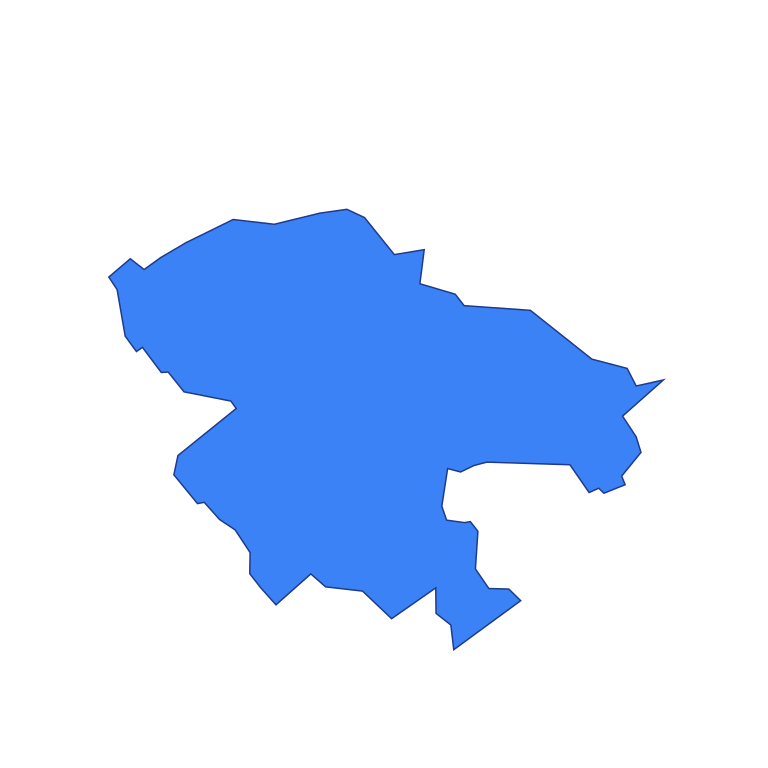 Berat, Berat, Albania, rotated 142°
{"feature_id": "67620474B3220488890929", "entity_name": "Berat", "entity_type": "district", "adm_level": 2, "iso_a3": "ALB", "parent_name": "Albania", "parent_adm1": "Berat", "projection": "equal_earth", "projection_center": [19.979, 40.671], "detail": "fine", "context": "isolated", "style": "filled", "palette": "blue", "viewbox_px": 768, "rotation_deg": 142, "n_neighbors": 0, "source": "geoboundaries", "source_scale": "gbopen_adm2", "svg_char_len": 1011}
<svg xmlns="http://www.w3.org/2000/svg" viewBox="0 0 768 768"><g transform="rotate(142 384 384)"><path d="M409.7,129.1L411.9,145.6L427.3,158.3L425.8,182.0L400.7,210.1L400.7,222.4L405.9,225.2L418.5,238.2L413.7,252.1L385.9,278.2L377.8,267.5L363.3,264.4L351.2,259.2L287.2,205.9L289.2,172.2L279.0,169.7L277.9,162.5L256.0,156.2L253.4,165.1L223.6,171.9L217.8,187.2L215.8,211.8L161.4,215.2L186.5,227.2L182.8,246.6L204.9,275.6L223.3,351.9L272.6,396.4L272.6,410.9L294.0,440.9L269.6,465.1L296.2,479.6L296.9,527.1L305.7,544.5L329.3,558.1L372.1,577.4L401.6,606.5L452.6,617.2L482.0,621.1L502.6,621.9L506.8,638.9L535.0,637.7L536.2,622.7L558.5,581.0L559.1,562.0L551.8,561.6L552.4,530.2L546.7,526.3L546.4,500.9L515.2,464.8L515.5,455.7L590.4,454.5L605.5,441.8L604.6,404.6L598.5,401.4L597.0,378.4L591.1,360.6L593.3,333.6L606.6,317.1L606.6,299.7L605.1,276.5L558.6,279.4L554.9,260.1L528.4,234.0L522.5,194.4L468.7,191.5L484.2,171.2L479.7,152.9L492.6,131.7L409.7,129.1Z" fill="#3b82f6" stroke="#1e3a8a" stroke-width="1.5"/></g></svg>